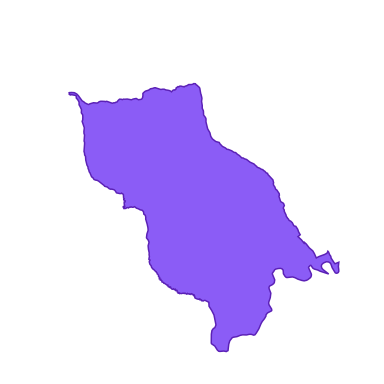 Belin, Covasna, Romania, rotated 234°
{"feature_id": "2599482B25524840446073", "entity_name": "Belin", "entity_type": "district", "adm_level": 2, "iso_a3": "ROU", "parent_name": "Romania", "parent_adm1": "Covasna", "projection": "robinson", "projection_center": [25.628, 45.924], "detail": "fine", "context": "isolated", "style": "filled", "palette": "violet", "viewbox_px": 384, "rotation_deg": 234, "n_neighbors": 0, "source": "geoboundaries", "source_scale": "gbopen_adm2", "svg_char_len": 6019}
<svg xmlns="http://www.w3.org/2000/svg" viewBox="0 0 384 384"><g transform="rotate(234 192 192)"><path d="M278.7,257.1L278.7,256.2L279.2,254.8L280.9,252.4L281.0,250.5L281.7,248.4L281.6,247.7L282.0,247.1L282.5,246.9L282.9,246.3L284.2,245.3L284.9,244.1L284.8,243.1L285.5,242.6L285.5,240.3L284.8,239.8L284.6,238.2L284.7,237.8L285.1,237.6L285.5,236.6L285.1,234.3L287.0,233.6L288.1,232.7L290.0,230.8L291.4,230.0L292.3,228.9L293.3,227.0L297.8,223.7L298.5,222.7L298.8,221.4L299.9,219.1L299.9,216.8L300.9,213.9L301.0,213.1L300.8,210.9L300.5,210.1L299.0,209.1L297.4,207.5L296.8,206.2L296.8,205.5L298.1,202.9L300.5,201.8L301.8,199.0L302.2,197.2L305.3,194.2L306.4,192.4L307.4,191.1L307.7,189.9L308.7,189.2L309.7,187.9L309.5,186.2L308.9,184.1L309.4,183.1L309.5,182.0L310.2,181.1L310.6,179.7L315.4,176.4L315.8,175.8L316.0,175.0L316.8,174.4L319.0,171.6L319.6,170.0L319.5,168.4L319.8,167.4L322.1,164.8L323.4,161.2L323.5,159.9L324.0,159.4L326.9,157.8L328.1,157.6L330.4,156.7L336.7,156.7L338.9,156.4L340.7,155.6L341.6,155.1L343.4,152.9L344.5,151.2L344.5,150.8L343.8,150.7L343.2,150.1L342.4,150.4L341.8,150.9L342.0,151.3L341.7,151.6L338.7,154.4L337.8,154.8L336.0,153.6L334.0,153.8L331.9,153.6L331.0,153.4L328.9,151.9L327.0,151.7L323.6,151.0L321.1,149.0L318.7,148.9L316.9,147.8L314.5,145.9L313.8,144.7L313.3,144.5L307.2,142.6L304.6,140.2L302.8,139.0L301.3,138.6L296.6,134.6L295.6,134.4L294.1,133.4L288.2,128.4L286.9,128.0L285.0,126.9L283.4,126.8L280.3,124.8L275.4,122.8L273.5,122.6L272.2,121.8L270.1,121.3L268.8,120.7L267.5,120.7L263.3,119.7L261.8,120.2L259.7,120.1L258.3,121.0L257.2,122.1L255.8,122.8L249.0,124.7L248.0,124.7L245.8,126.4L243.2,127.0L241.9,128.0L241.8,128.4L240.9,129.3L239.6,130.3L238.4,130.6L235.7,130.4L233.1,132.7L232.4,133.7L232.5,134.3L231.1,134.9L230.1,134.9L227.3,133.1L226.4,133.2L226.2,132.4L225.8,132.2L224.9,132.3L224.3,132.7L223.9,132.6L223.3,131.7L223.7,131.2L222.0,130.0L221.2,129.8L220.5,129.3L219.7,129.0L219.6,128.5L220.6,128.0L220.4,127.5L218.6,127.2L217.6,128.8L217.7,129.7L217.5,130.5L216.4,131.3L216.5,132.3L215.8,133.5L215.8,134.0L215.1,134.4L214.3,135.3L214.1,135.9L213.9,136.9L211.5,137.6L210.0,138.7L208.0,139.6L206.6,140.9L204.7,141.2L202.3,140.0L201.3,140.4L200.2,140.4L198.7,139.7L197.3,138.6L192.5,136.9L189.1,135.4L186.8,134.0L184.5,130.8L181.9,128.4L181.5,128.2L178.8,128.3L176.6,127.7L174.3,124.9L171.1,123.0L167.9,121.6L166.6,120.5L164.7,119.5L163.7,118.3L162.7,117.5L161.6,118.0L160.7,116.4L158.4,115.5L156.2,115.6L155.2,115.1L152.9,115.0L152.2,115.4L148.9,115.9L148.5,116.2L148.1,116.0L146.9,116.1L146.2,115.7L145.4,116.0L144.2,115.9L143.2,115.2L142.0,115.6L141.7,115.5L141.4,114.8L140.9,114.5L140.4,115.1L139.7,115.4L139.5,115.2L139.4,114.7L137.9,115.4L136.9,114.8L135.7,115.7L134.7,115.6L134.5,116.0L131.4,117.1L131.0,117.6L130.7,117.2L130.3,117.5L129.7,117.2L129.3,117.2L129.0,117.7L128.1,117.7L128.1,118.5L127.8,118.8L126.8,118.4L125.2,118.7L124.6,119.3L124.5,120.3L123.3,120.3L122.9,120.7L123.0,121.2L121.9,120.9L121.7,121.7L121.3,122.0L120.9,122.0L120.1,121.3L119.2,121.6L118.4,121.3L118.0,121.7L118.3,122.2L118.0,122.4L117.1,122.3L117.0,122.8L116.1,123.6L115.4,125.3L115.1,125.4L114.8,126.0L114.1,126.5L114.2,126.9L112.5,127.7L112.6,128.7L111.8,128.9L111.5,129.8L110.8,129.9L110.5,130.7L109.8,130.9L110.0,131.8L108.7,132.5L108.3,132.4L108.0,132.8L107.6,132.4L107.2,132.4L107.1,133.0L106.7,132.8L106.3,133.0L104.8,132.2L104.3,132.2L102.4,133.3L101.3,134.3L101.1,135.1L100.3,135.0L100.2,135.7L99.7,135.6L99.1,136.2L98.6,135.8L98.3,135.9L98.0,136.4L97.3,136.9L97.1,138.2L96.6,138.9L92.9,140.8L89.5,138.6L84.6,138.3L79.6,137.5L70.7,133.4L70.2,133.0L68.8,130.7L69.0,129.1L68.2,126.7L65.6,124.1L58.5,118.8L57.7,118.6L54.0,119.9L49.1,119.6L47.5,120.0L46.6,120.9L44.6,124.3L42.8,125.9L42.5,127.9L47.3,132.3L49.4,135.1L50.5,138.9L50.2,140.1L48.5,143.5L47.7,146.7L46.7,149.0L44.3,152.1L43.3,154.5L42.4,155.8L41.9,156.4L39.9,157.8L39.5,159.0L40.1,161.1L42.0,165.6L44.9,170.4L46.0,172.8L46.9,176.1L48.1,178.8L49.2,179.8L49.8,182.0L49.1,186.4L49.4,187.0L50.5,187.6L55.3,188.0L56.7,188.5L57.8,189.4L60.5,193.2L63.8,196.3L68.0,197.4L69.4,198.0L70.3,199.4L69.8,202.6L69.9,204.2L70.3,205.3L72.3,207.3L78.4,208.8L78.8,209.1L79.2,209.7L79.8,211.7L80.5,213.1L80.4,214.5L79.5,216.6L78.3,218.6L77.1,219.6L75.2,219.8L72.1,217.9L69.2,217.7L67.9,217.9L67.0,218.5L64.2,223.4L62.1,225.0L59.3,226.4L56.0,228.8L54.2,230.5L53.2,232.8L53.0,234.3L53.1,237.4L53.5,238.5L54.7,239.9L55.8,240.4L62.2,241.8L62.7,242.3L63.1,244.2L63.0,244.8L62.7,245.1L59.3,245.0L57.7,245.7L55.1,247.8L52.6,249.1L45.3,254.4L52.3,252.4L54.0,252.3L55.6,252.8L56.7,253.8L57.1,254.6L57.3,256.6L56.6,259.7L55.1,261.4L53.2,262.1L52.0,262.0L48.3,260.9L42.5,260.4L41.7,260.8L41.1,261.5L40.9,263.0L41.5,264.1L43.3,265.3L45.7,266.6L48.9,269.5L49.9,265.5L51.3,265.4L56.7,265.7L58.5,266.5L60.5,266.5L63.1,267.2L64.2,267.1L63.3,265.6L63.2,264.8L63.5,262.6L65.1,257.0L65.6,253.8L70.3,254.8L73.4,255.1L78.0,254.0L82.7,253.9L85.3,253.3L84.8,252.6L89.0,252.4L93.6,251.5L93.8,254.4L97.0,254.8L99.7,255.6L103.2,255.8L104.3,254.8L105.2,254.6L108.2,255.1L110.4,254.7L111.9,253.9L113.6,254.1L114.6,253.8L115.3,254.1L116.7,253.9L118.2,254.6L122.1,255.3L123.3,256.1L124.9,256.2L125.8,256.9L126.7,258.7L128.7,259.3L129.6,259.2L131.8,258.2L132.8,258.3L137.3,259.8L137.7,260.1L137.9,260.7L139.4,261.6L143.8,261.8L145.0,261.3L147.5,262.0L149.6,262.0L151.1,262.8L151.4,263.4L154.3,264.6L161.5,263.7L162.7,264.1L163.8,263.3L166.0,263.1L167.1,262.6L168.5,262.4L169.6,261.5L171.6,260.7L173.7,259.3L174.8,259.4L175.8,259.0L178.3,258.6L182.0,256.5L186.2,255.3L188.1,253.9L189.3,253.5L190.4,252.3L193.6,251.8L195.8,250.9L198.2,250.5L199.5,249.2L201.9,248.4L205.1,246.4L206.0,245.4L208.1,244.9L211.0,243.4L215.0,242.9L216.0,243.2L218.9,240.9L223.0,239.7L226.0,239.9L229.4,241.3L233.9,241.8L240.5,244.5L242.9,246.3L244.5,246.7L247.4,246.6L250.9,248.9L253.7,249.5L255.9,251.1L259.7,253.0L261.7,254.9L262.8,255.5L265.4,256.6L266.3,256.8L271.4,259.3L272.3,259.4L275.8,258.7L276.1,258.4L277.6,258.4L278.7,257.1Z" fill="#8b5cf6" stroke="#5b21b6" stroke-width="1.5"/></g></svg>